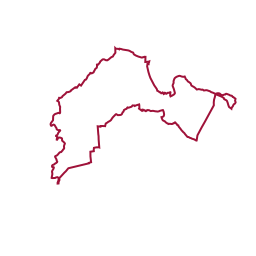 the district of Trang Bang, Tây Ninh, Vietnam, rotated 215°
{"feature_id": "81297802B3309919066987", "entity_name": "Trang Bang", "entity_type": "district", "adm_level": 2, "iso_a3": "VNM", "parent_name": "Vietnam", "parent_adm1": "Tây Ninh", "projection": "natural_earth1", "projection_center": [106.323, 11.105], "detail": "fine", "context": "isolated", "style": "outline", "palette": "rose", "viewbox_px": 256, "rotation_deg": 215, "n_neighbors": 0, "source": "geoboundaries", "source_scale": "gbopen_adm2", "svg_char_len": 5866}
<svg xmlns="http://www.w3.org/2000/svg" viewBox="0 0 256 256"><g transform="rotate(215 128 128)"><path d="M64.6,157.1L66.9,161.8L68.0,170.7L68.6,177.1L70.7,195.8L72.4,198.1L73.4,199.9L73.8,200.7L74.7,203.4L75.8,205.8L73.2,206.5L69.2,207.4L66.7,207.5L65.8,206.8L63.3,207.1L62.6,207.0L60.9,205.9L59.2,204.5L57.8,203.5L57.0,203.1L55.5,203.2L54.3,203.1L54.7,204.0L54.6,206.0L54.8,206.8L54.9,207.6L54.9,208.1L54.4,209.4L54.5,210.5L54.6,210.8L55.1,211.2L55.9,211.7L56.7,213.6L57.6,213.7L58.4,213.6L59.3,213.8L60.0,213.5L61.1,213.9L61.6,213.9L62.8,213.3L64.3,213.2L66.9,212.5L67.4,212.1L67.5,211.3L68.3,210.7L68.8,209.7L69.5,209.1L70.3,208.7L70.8,208.6L72.7,208.8L73.6,208.5L74.9,207.6L75.6,206.4L76.1,206.1L78.8,205.6L80.4,205.1L81.9,205.1L82.6,204.9L85.0,204.2L85.7,203.8L87.3,202.3L87.6,202.2L88.6,202.3L89.0,202.2L89.6,201.6L92.3,200.5L93.7,199.0L96.4,199.4L97.8,199.4L99.4,199.2L100.5,199.2L102.0,200.3L102.4,200.5L104.1,200.6L105.7,200.5L107.2,201.1L108.6,201.2L108.9,201.3L109.7,201.9L111.1,202.7L112.1,201.6L113.7,200.9L115.0,200.6L115.7,200.3L116.3,199.7L117.4,198.1L118.0,196.8L118.3,195.6L118.3,195.2L117.7,192.9L117.4,192.3L116.5,191.1L116.0,188.8L115.6,188.1L112.9,186.3L109.9,183.8L109.6,183.5L109.5,182.7L109.5,182.1L110.3,180.1L111.3,178.3L112.2,178.9L112.5,179.6L113.2,180.3L113.5,181.3L113.7,181.6L113.9,181.6L114.1,181.4L114.4,180.6L114.7,180.2L115.4,179.9L115.6,179.7L116.1,178.2L116.4,177.9L116.7,177.9L117.3,178.2L118.1,178.0L118.2,177.7L118.0,176.7L118.2,176.3L119.7,177.0L120.0,177.0L120.3,175.9L120.7,175.5L122.1,175.8L122.6,175.4L123.1,175.5L124.9,175.5L125.3,175.3L126.9,176.5L131.0,178.0L138.3,181.8L140.6,183.4L143.4,185.6L147.7,189.5L148.8,191.6L147.8,192.1L148.2,192.6L148.4,193.8L148.8,194.7L149.2,194.1L151.7,192.0L154.5,196.3L155.3,195.8L155.3,195.6L156.1,194.9L156.4,194.5L156.4,194.2L157.5,193.4L158.3,193.2L160.3,192.5L162.9,191.9L165.1,191.7L165.8,191.9L167.0,192.7L169.1,192.2L170.9,192.1L172.3,191.7L177.2,189.3L178.8,188.8L180.4,188.1L180.3,187.4L181.2,187.3L183.3,186.1L183.7,186.0L184.2,186.1L181.5,182.4L181.6,179.4L181.4,177.9L181.5,177.7L182.2,176.6L182.5,175.7L183.2,173.0L183.5,172.2L183.8,171.9L183.8,171.6L184.8,170.9L187.0,170.5L187.9,169.9L188.2,169.4L188.9,166.4L188.6,165.6L188.8,162.8L188.9,162.6L189.7,162.4L189.8,162.3L189.8,162.1L189.4,161.7L188.7,160.6L188.2,159.6L188.2,159.2L188.6,157.9L188.7,157.2L188.4,156.1L188.4,154.7L188.2,154.3L188.1,153.9L188.5,152.9L189.1,151.9L189.4,151.8L190.1,151.8L190.4,151.6L190.5,151.5L190.3,150.5L190.4,149.8L190.6,149.2L190.8,147.8L190.8,147.3L190.3,145.3L190.2,143.8L190.3,143.4L190.9,142.7L190.9,142.4L190.8,135.8L192.9,135.8L193.0,131.7L193.7,131.7L194.1,130.9L194.6,131.0L196.3,126.0L196.1,125.7L196.5,124.5L197.5,123.2L198.8,122.1L198.9,120.2L199.9,116.6L199.8,115.3L200.6,113.9L201.7,113.2L201.3,112.6L201.5,109.7L200.2,109.8L199.3,109.5L197.6,107.6L195.7,106.4L194.8,104.9L193.0,102.5L192.5,101.8L192.3,101.3L192.4,100.9L193.7,100.5L194.8,98.9L195.7,97.7L196.0,96.9L196.2,95.6L196.2,95.2L195.9,94.5L193.9,91.4L193.9,89.7L194.0,88.0L193.7,86.9L193.3,86.4L192.5,85.8L192.1,85.8L191.8,86.1L191.5,87.1L191.1,87.8L190.9,88.1L190.2,88.3L189.6,88.2L187.9,87.4L186.6,86.9L185.7,86.1L185.4,86.0L183.5,86.3L182.7,87.2L182.4,87.2L182.1,87.0L182.1,86.4L182.3,85.0L182.3,83.7L182.1,83.0L181.9,82.0L182.0,81.5L182.5,80.7L182.5,80.4L182.3,80.1L181.5,80.2L181.0,80.1L180.3,79.1L180.0,78.0L179.7,77.6L179.3,77.8L179.5,79.7L179.2,80.5L178.4,81.0L177.8,81.3L176.6,81.6L176.3,81.6L175.9,81.4L175.1,80.3L174.7,79.9L174.4,79.8L173.0,79.7L171.5,79.4L170.8,79.1L170.7,78.9L170.5,77.8L170.2,76.8L169.7,75.9L168.8,75.0L168.6,74.4L168.6,74.0L168.8,73.2L168.7,72.0L168.9,71.0L168.9,70.1L169.1,69.8L169.6,69.4L170.0,68.7L170.3,65.6L170.5,64.8L171.4,63.2L171.4,62.9L171.1,62.5L168.5,61.2L167.6,60.3L166.7,59.9L166.6,59.7L166.5,59.3L166.8,58.1L167.3,57.1L167.7,55.7L168.5,54.4L168.6,53.8L168.4,53.2L167.9,52.7L167.6,52.6L167.3,52.7L166.6,53.2L166.2,53.2L165.7,52.1L165.6,50.3L165.4,49.1L165.1,48.5L164.3,47.8L163.5,46.8L162.9,45.5L162.1,43.6L161.9,43.3L161.5,43.4L159.1,45.2L158.8,45.9L157.8,47.1L157.4,47.3L156.9,47.3L156.1,47.0L155.6,46.6L154.9,45.1L154.3,42.8L153.8,42.1L153.1,42.7L153.9,44.0L154.3,46.0L155.6,47.7L155.3,48.9L154.5,55.0L154.1,56.8L153.8,60.6L153.7,60.9L139.8,76.6L140.1,76.9L139.5,77.7L138.6,78.8L142.4,83.1L145.2,87.0L142.7,89.4L143.7,90.7L144.5,92.2L143.8,93.0L142.8,94.0L140.8,95.5L140.4,95.6L145.5,101.8L147.5,104.5L148.8,105.9L153.8,112.0L151.3,113.3L151.6,113.9L148.4,116.1L147.8,116.4L148.8,118.9L148.0,120.7L147.8,121.5L146.9,123.3L146.5,124.6L146.5,125.4L146.6,126.7L146.5,128.4L145.9,132.0L145.8,132.3L145.5,132.6L143.7,132.7L142.8,133.4L141.8,134.2L141.2,135.0L141.1,135.4L141.0,136.1L141.4,137.7L141.3,138.0L141.2,138.4L141.1,138.9L141.6,140.3L141.3,140.9L141.1,141.6L140.2,142.9L140.2,143.5L140.3,144.2L140.2,144.6L139.2,144.9L137.3,147.5L137.2,149.1L137.0,149.3L136.3,149.6L135.7,150.1L135.1,149.9L134.3,151.3L132.4,153.7L131.7,153.0L130.3,151.1L130.1,150.2L126.8,150.1L126.8,151.0L125.8,150.7L125.5,151.9L123.6,151.9L123.6,152.2L122.9,152.3L122.7,153.3L122.5,153.7L122.1,153.7L121.6,154.3L121.2,154.6L119.1,154.9L117.4,156.4L115.1,157.4L114.1,158.0L113.6,158.2L112.9,158.7L112.1,159.6L111.9,160.1L110.5,161.8L110.1,162.3L109.7,162.7L108.3,161.9L107.0,160.7L106.2,159.8L105.9,159.2L105.7,158.6L105.6,157.9L106.1,156.9L106.8,156.1L105.7,155.2L104.0,154.3L103.3,154.3L101.7,154.6L100.2,154.3L98.7,154.3L97.7,154.6L97.2,154.4L96.1,155.5L94.5,156.3L93.9,156.9L93.7,157.2L93.6,157.9L93.3,158.0L93.1,158.2L93.0,158.4L93.0,158.7L92.8,158.9L92.8,159.5L92.5,159.7L92.2,159.6L91.9,159.3L91.0,159.3L89.8,159.0L89.4,158.7L88.3,159.0L87.5,158.3L84.7,157.5L82.4,156.7L81.4,156.6L80.5,156.3L79.0,156.2L77.7,155.7L74.2,154.8L73.9,154.9L73.3,155.3L71.4,155.5L70.7,155.8L69.6,155.9L67.1,156.7L65.2,156.8L64.8,156.9L64.6,157.1Z" fill="none" stroke="#9f1239" stroke-width="2"/></g></svg>